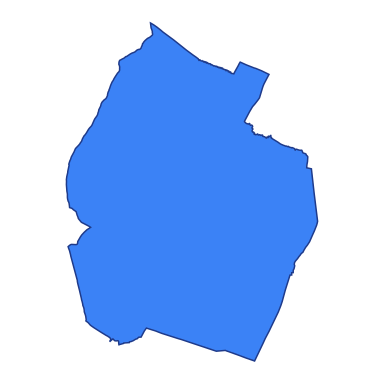 Orodel, Dolj, Romania (Albers equal-area conic projection)
{"feature_id": "2599482B27494005869762", "entity_name": "Orodel", "entity_type": "district", "adm_level": 2, "iso_a3": "ROU", "parent_name": "Romania", "parent_adm1": "Dolj", "projection": "albers", "projection_center": [23.277, 44.26], "detail": "fine", "context": "isolated", "style": "filled", "palette": "blue", "viewbox_px": 384, "rotation_deg": 0, "n_neighbors": 0, "source": "geoboundaries", "source_scale": "gbopen_adm2", "svg_char_len": 5747}
<svg xmlns="http://www.w3.org/2000/svg" viewBox="0 0 384 384"><path d="M254.6,361.0L263.1,343.2L265.2,338.6L269.3,330.8L269.8,329.7L278.3,312.0L280.9,305.4L282.2,301.5L285.3,290.1L290.0,275.1L291.7,275.0L291.7,272.7L293.2,272.6L293.2,271.5L293.3,270.0L294.0,268.9L294.6,266.4L294.7,265.6L294.3,264.6L294.3,264.2L294.5,262.7L295.5,261.0L297.5,258.7L299.1,256.4L300.2,255.1L300.9,254.0L301.8,253.1L302.9,252.3L304.0,250.1L305.6,247.4L307.4,245.1L309.6,241.7L312.8,234.4L314.3,231.1L316.6,225.3L317.2,223.2L317.6,221.3L314.1,192.9L311.4,168.8L306.7,167.8L306.9,164.9L307.5,161.7L307.8,156.8L307.4,156.1L306.2,154.9L306.1,154.2L305.9,154.0L304.8,153.4L304.4,153.4L303.3,153.0L302.7,152.6L302.5,152.0L302.4,151.3L302.0,150.9L301.9,150.4L301.7,150.2L300.8,150.3L300.3,150.2L299.5,150.2L297.5,149.6L296.7,149.2L296.1,149.3L295.7,149.5L295.4,150.0L295.2,150.0L295.0,149.9L294.9,149.7L294.7,148.8L293.7,148.2L292.1,147.6L291.5,147.8L290.8,147.4L290.2,147.4L289.3,147.1L288.6,146.5L288.4,146.4L287.9,146.7L286.6,146.1L285.4,146.1L284.8,145.7L283.7,145.4L280.5,144.0L278.0,142.2L271.5,138.2L271.6,137.9L271.5,137.5L271.0,137.2L270.8,136.9L270.9,135.9L270.8,135.5L270.5,135.5L270.3,135.8L269.9,136.6L268.4,136.2L268.3,136.3L268.4,137.1L268.2,137.4L267.8,137.1L267.1,137.1L267.1,137.5L266.7,138.0L266.3,138.1L264.7,136.8L262.9,136.4L262.6,136.0L262.7,135.4L262.5,135.1L262.0,135.0L260.8,135.4L260.4,135.0L259.6,134.7L258.9,135.0L258.5,135.0L258.2,134.9L257.9,134.2L257.5,134.0L256.7,134.5L255.5,134.7L254.2,134.2L254.1,133.7L254.6,133.4L254.5,133.1L253.9,132.7L253.6,132.1L252.8,132.1L252.5,131.9L252.1,131.0L252.2,130.3L252.9,129.0L252.1,128.2L252.0,127.7L252.3,127.1L252.6,126.8L252.6,126.2L252.2,125.4L251.6,125.1L251.1,125.1L250.6,125.3L250.2,125.0L249.7,124.3L249.8,123.8L249.5,123.5L249.1,123.6L248.9,124.0L248.6,124.1L246.4,123.5L246.1,123.2L245.9,123.1L244.5,121.7L244.6,121.1L249.4,112.0L252.1,107.4L252.6,106.6L254.8,104.1L258.3,99.6L259.5,97.8L262.7,87.2L263.2,85.8L264.1,83.7L269.0,74.4L261.6,70.8L255.8,68.4L254.3,68.0L246.4,64.9L240.2,62.1L239.3,63.5L238.1,65.9L234.9,71.6L233.8,73.8L233.5,73.6L231.7,73.5L231.1,73.1L230.8,72.3L230.6,72.0L230.4,72.1L230.4,72.5L230.2,72.6L229.8,72.1L229.4,72.1L229.2,71.6L228.6,71.7L228.7,71.1L228.2,70.8L227.3,70.8L227.1,70.6L227.2,70.3L227.1,70.2L226.9,70.2L226.6,70.5L226.1,70.5L226.2,70.2L226.3,70.1L226.2,70.0L225.9,70.2L225.4,69.7L224.4,69.6L223.8,69.1L223.4,69.3L222.7,68.8L222.6,68.4L222.0,68.6L221.4,68.2L221.5,67.9L221.4,67.9L221.0,67.8L220.3,68.1L220.1,68.0L220.2,67.6L219.1,67.7L219.0,67.4L218.7,67.6L218.5,67.4L218.0,67.3L218.1,67.1L218.0,66.9L217.3,66.8L216.9,66.4L216.2,66.6L216.0,66.2L215.4,66.3L215.0,66.0L214.7,66.0L214.2,65.8L213.5,65.9L212.8,65.3L211.8,64.7L211.0,64.8L210.8,64.7L210.7,64.1L210.0,63.7L209.0,63.7L208.6,63.5L208.3,63.6L207.9,63.3L207.8,63.0L207.6,62.8L207.2,62.6L206.8,62.8L206.8,62.4L206.7,62.3L206.4,62.5L206.0,62.4L205.6,61.9L205.4,61.9L205.3,62.3L205.2,62.4L205.0,62.2L204.9,61.9L203.9,62.0L203.8,61.8L203.9,61.6L203.3,61.6L202.8,60.9L202.6,61.1L201.2,60.9L200.7,60.5L200.2,60.4L199.9,59.8L199.7,59.8L199.4,60.3L199.0,60.4L198.9,60.3L198.9,60.0L198.8,59.7L198.4,59.3L198.1,58.6L197.6,58.4L196.7,57.6L192.7,54.8L186.5,50.2L173.6,39.9L162.9,32.0L160.7,30.1L156.9,27.1L153.9,25.0L151.6,23.6L150.5,23.0L151.1,27.9L151.9,30.0L152.3,31.3L152.3,32.5L152.6,34.0L152.6,34.5L152.3,35.1L150.4,36.8L149.3,37.5L147.5,38.4L145.2,40.4L144.2,41.5L143.7,42.1L143.4,42.8L142.6,43.6L142.2,45.3L141.6,46.5L140.9,48.3L140.7,48.6L140.3,48.9L139.2,49.5L138.6,49.4L138.0,49.6L136.8,50.2L135.2,51.7L134.4,52.2L131.7,53.2L130.1,54.1L126.6,56.5L125.8,56.6L125.1,57.2L123.9,58.2L122.0,59.1L120.3,60.1L119.9,60.2L119.4,60.9L119.0,62.1L118.9,63.4L118.9,64.6L119.3,65.3L119.7,67.1L119.6,67.9L119.6,70.2L119.3,71.0L119.0,71.6L117.5,73.2L115.1,76.9L114.0,78.7L113.2,80.4L112.5,81.4L112.0,82.2L110.7,85.2L109.6,88.5L109.0,89.9L109.0,90.5L108.4,91.5L107.9,92.9L107.5,94.8L107.5,95.5L107.0,96.6L106.2,98.2L105.8,98.7L104.0,100.0L102.0,102.2L101.8,102.6L101.2,103.8L100.6,106.2L98.8,109.8L98.5,111.6L98.0,112.8L97.7,114.3L97.1,115.6L95.5,117.9L95.0,118.5L94.3,119.8L92.2,124.6L91.7,125.6L90.7,126.8L89.8,127.7L88.6,129.2L87.7,130.7L86.3,133.1L85.1,134.8L84.1,135.8L82.5,138.7L81.5,141.4L80.5,142.6L80.0,143.6L78.7,145.2L75.8,148.2L75.3,148.9L74.1,151.8L71.3,157.0L70.6,159.3L69.8,161.0L68.8,164.2L69.1,165.1L67.8,171.3L67.7,172.7L66.8,176.5L66.5,178.8L66.4,179.5L66.5,181.4L66.4,184.7L66.9,191.2L67.4,194.0L67.4,197.4L67.6,199.1L68.2,201.3L68.7,202.1L69.1,203.5L69.4,205.7L69.6,207.6L71.8,208.3L72.7,209.0L73.1,209.5L73.6,209.9L76.1,211.6L77.1,215.0L78.2,217.8L78.3,218.5L79.8,220.4L81.4,222.3L89.3,226.4L90.6,227.3L89.1,228.4L87.0,229.7L84.1,232.4L81.7,235.0L80.4,236.9L77.8,241.4L77.7,241.8L77.6,243.4L77.2,244.1L76.6,244.5L75.7,244.6L71.6,244.4L71.0,244.5L69.9,245.1L68.1,246.6L68.6,248.3L69.5,250.6L70.6,254.9L70.8,256.1L76.9,278.9L77.3,280.2L77.3,280.9L77.5,282.3L77.9,284.1L79.5,290.4L81.4,298.6L81.5,299.4L82.2,301.9L82.6,303.6L82.9,305.6L83.5,307.0L83.9,308.3L84.2,310.1L84.3,311.9L84.8,313.3L85.5,315.4L85.8,316.7L86.2,319.8L85.9,320.8L86.0,321.0L86.2,321.3L87.4,322.0L88.4,322.9L90.4,325.2L91.9,326.3L94.2,327.9L101.6,332.6L106.5,335.6L107.6,336.1L108.5,336.8L109.7,337.5L110.9,339.2L110.0,340.8L109.9,341.1L110.1,341.3L112.9,338.9L113.3,339.3L114.6,340.6L115.0,340.8L116.2,340.9L117.6,340.7L118.3,340.9L118.5,341.2L118.6,341.8L118.8,344.2L119.0,344.8L119.7,344.5L123.7,343.4L123.8,343.0L129.3,342.6L129.5,341.8L131.0,341.6L133.4,340.6L135.6,339.2L137.3,338.7L138.4,337.5L138.8,337.2L141.1,337.1L144.4,330.9L146.4,328.1L155.4,330.9L161.6,333.3L178.2,338.6L181.3,339.5L216.3,351.2L225.4,350.4L226.2,350.8L237.5,354.8L246.0,358.0L254.6,361.0Z" fill="#3b82f6" stroke="#1e3a8a" stroke-width="1.5"/></svg>